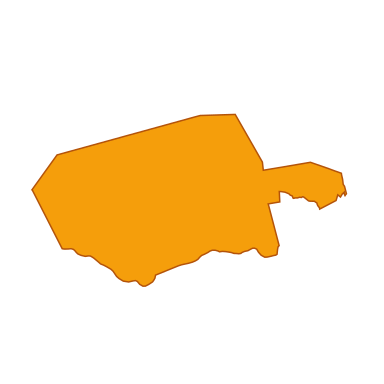 Morne Panache, Dennery, Saint Lucia, rotated 63°
{"feature_id": "8701671B87673640484733", "entity_name": "Morne Panache", "entity_type": "district", "adm_level": 2, "iso_a3": "LCA", "parent_name": "Saint Lucia", "parent_adm1": "Dennery", "projection": "albers", "projection_center": [-60.933, 13.923], "detail": "fine", "context": "isolated", "style": "filled", "palette": "amber", "viewbox_px": 384, "rotation_deg": 63, "n_neighbors": 0, "source": "geoboundaries", "source_scale": "gbopen_adm2", "svg_char_len": 1767}
<svg xmlns="http://www.w3.org/2000/svg" viewBox="0 0 384 384"><g transform="rotate(63 192 192)"><path d="M286.3,146.0L286.1,144.5L281.8,141.7L280.1,140.4L279.3,138.7L237.2,129.5L240.7,118.3L231.2,114.0L232.1,112.4L234.4,109.2L237.3,106.7L238.0,106.3L239.4,105.9L241.0,104.5L243.4,104.7L243.8,104.3L244.1,102.8L245.2,100.6L245.5,98.6L246.6,96.9L246.4,95.7L247.0,94.9L248.6,94.1L252.8,92.2L253.7,91.1L255.8,87.2L258.6,85.7L260.0,86.1L261.5,86.1L262.6,85.9L263.9,85.6L265.2,86.0L265.0,67.5L260.7,63.4L263.9,62.0L262.0,59.0L261.3,56.5L262.3,57.0L263.5,57.3L264.7,57.3L264.1,56.2L263.7,55.2L256.1,53.5L255.7,53.6L253.8,53.8L248.9,52.0L244.8,51.0L243.1,50.4L239.4,53.9L238.6,54.7L233.6,59.3L219.3,73.0L205.0,118.6L197.3,115.7L184.6,116.3L142.5,118.3L127.7,149.7L127.6,149.9L126.3,155.9L112.3,224.2L97.7,295.4L117.4,333.6L117.7,333.4L183.6,333.4L184.6,332.1L185.4,330.6L186.5,328.3L187.6,325.5L189.2,323.8L190.7,323.1L193.4,322.5L195.4,321.8L198.1,319.6L200.9,316.3L202.0,313.1L203.0,311.5L206.1,309.6L212.0,307.1L214.6,306.1L217.0,304.0L219.8,302.0L224.0,299.3L226.7,298.3L233.0,297.5L236.0,296.3L240.2,293.7L243.4,289.3L244.5,284.8L245.3,282.5L246.9,281.3L250.5,280.5L253.6,278.5L254.7,276.3L254.7,272.5L254.2,268.0L253.4,266.4L252.0,264.2L249.5,262.2L251.6,237.5L252.1,234.4L252.8,231.6L253.9,227.6L254.7,223.4L254.9,220.4L254.7,217.4L253.6,214.7L252.9,212.2L253.1,209.1L253.1,205.4L252.8,202.8L253.1,200.3L254.4,197.8L256.2,195.8L257.8,194.6L258.7,191.9L260.5,188.9L262.5,186.1L263.9,184.3L265.7,182.6L267.0,180.3L268.3,178.3L268.9,176.4L268.6,174.8L268.8,172.1L269.7,168.8L269.6,166.6L269.6,163.6L270.4,161.8L272.3,160.3L275.9,160.1L279.7,159.1L283.1,156.8L284.1,154.6L285.1,150.8L285.7,148.0L286.3,146.0Z" fill="#f59e0b" stroke="#b45309" stroke-width="1.5"/></g></svg>